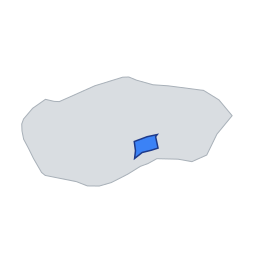 location of Umm Salal within Qatar, rotated 78°
{"feature_id": "QAT-1107", "entity_name": "Umm Salal", "entity_type": "Municipality", "adm_level": 1, "iso_a3": "QAT", "parent_name": "Qatar", "parent_adm1": "", "projection": "albers", "projection_center": [51.351, 25.463], "detail": "fine", "context": "in_parent", "style": "filled", "palette": "blue", "viewbox_px": 256, "rotation_deg": 78, "n_neighbors": 0, "source": "natural_earth", "source_scale": "10m", "svg_char_len": 740}
<svg xmlns="http://www.w3.org/2000/svg" viewBox="0 0 256 256"><g transform="rotate(78 128 128)"><path d="M138.1,226.8L127.4,229.5L117.3,232.4L108.8,232.3L102.0,231.1L97.5,228.3L88.9,217.2L82.8,202.8L86.6,194.7L87.9,189.7L79.8,151.7L77.2,122.6L78.3,116.6L83.0,109.7L90.9,94.6L95.1,79.9L107.0,46.2L119.4,33.2L137.6,23.6L152.5,42.3L170.8,56.6L174.2,72.5L168.9,85.5L164.0,106.2L166.9,115.7L168.1,124.0L173.1,137.8L177.9,155.7L178.8,168.2L176.2,179.8L169.8,189.5L157.2,218.8L153.5,221.8L138.1,226.8Z" fill="#d9dde1" stroke="#a8b0b8" stroke-width="1"/><path d="M140.5,100.8L142.2,102.8L153.9,102.8L154.6,110.0L154.9,119.2L159.2,127.9L151.8,125.4L142.5,124.7L140.5,111.2L140.5,100.8Z" fill="#3b82f6" stroke="#1e3a8a" stroke-width="1.5"/></g></svg>